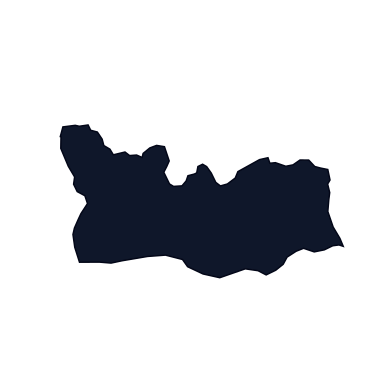 Kalmar, Kalmar, Sweden (orthographic projection), rotated 64°
{"feature_id": "70781695B81651026792808", "entity_name": "Kalmar", "entity_type": "district", "adm_level": 2, "iso_a3": "SWE", "parent_name": "Sweden", "parent_adm1": "Kalmar", "projection": "orthographic", "projection_center": [16.122, 56.719], "detail": "fine", "context": "isolated", "style": "filled", "palette": "ink", "viewbox_px": 384, "rotation_deg": 64, "n_neighbors": 0, "source": "geoboundaries", "source_scale": "gbopen_adm2", "svg_char_len": 1304}
<svg xmlns="http://www.w3.org/2000/svg" viewBox="0 0 384 384"><g transform="rotate(64 192 192)"><path d="M205.8,323.9L206.3,322.8L214.4,306.0L220.4,295.9L223.1,285.1L230.4,260.3L237.1,243.5L248.5,230.1L257.2,228.7L270.5,218.0L281.2,204.6L284.4,177.8L291.7,167.1L299.0,161.7L299.0,151.0L296.9,141.7L292.2,135.1L290.9,124.4L291.5,116.4L299.4,108.4L302.0,98.4L302.0,89.1L304.0,83.1L307.1,79.9L298.5,79.4L285.3,80.5L269.1,78.5L259.0,72.5L252.9,68.5L244.3,66.6L241.7,62.7L231.3,60.1L230.7,60.9L226.8,66.0L222.9,70.5L214.5,73.1L210.6,80.9L211.9,89.3L210.0,96.4L207.4,99.0L202.2,104.2L200.3,109.4L194.5,108.7L192.5,117.1L193.8,141.8L198.4,147.0L200.3,156.7L199.0,163.8L193.8,166.4L183.4,166.4L175.6,167.7L171.7,170.3L171.7,175.5L176.9,179.4L176.9,182.0L175.6,188.5L179.5,192.4L182.1,198.3L178.9,206.1L174.9,208.7L161.9,208.7L158.0,203.5L154.1,198.9L139.2,196.9L134.6,203.4L133.9,210.6L135.9,219.0L139.1,221.7L134.5,225.6L131.9,232.1L126.7,234.7L124.1,246.4L117.5,247.0L111.6,250.9L105.1,249.6L96.6,250.8L92.1,256.0L86.3,256.0L86.2,256.0L83.5,264.5L80.9,267.7L76.9,279.5L84.5,286.1L85.1,285.6L95.3,290.8L114.7,291.9L127.0,290.9L133.1,295.0L141.3,295.0L148.4,289.9L156.6,291.0L162.7,301.2L166.8,306.3L172.9,313.5L178.0,317.6L190.3,321.6L205.8,323.9Z" fill="#0f172a" stroke="#020617" stroke-width="1.5"/></g></svg>